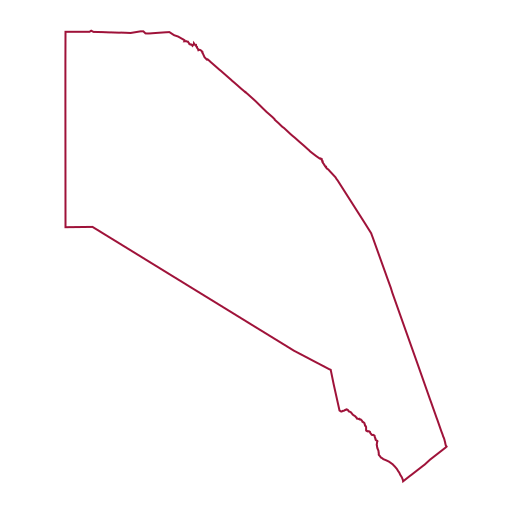 outline of North Horr, Eastern, Kenya
{"feature_id": "3690345B4448118045148", "entity_name": "North Horr", "entity_type": "district", "adm_level": 2, "iso_a3": "KEN", "parent_name": "Kenya", "parent_adm1": "Eastern", "projection": "equal_earth", "projection_center": [38.048, 3.18], "detail": "fine", "context": "isolated", "style": "outline", "palette": "rose", "viewbox_px": 512, "rotation_deg": 0, "n_neighbors": 0, "source": "geoboundaries", "source_scale": "gbopen_adm2", "svg_char_len": 5516}
<svg xmlns="http://www.w3.org/2000/svg" viewBox="0 0 512 512"><path d="M443.9,438.0L443.2,436.5L442.5,434.3L441.3,431.2L437.3,419.7L436.5,417.6L435.7,415.3L434.0,410.5L433.1,408.0L431.1,402.3L430.0,399.3L427.9,393.3L417.2,362.9L414.5,355.3L404.8,328.0L392.3,292.7L390.8,287.8L390.0,285.6L386.7,276.5L385.9,274.2L381.8,262.8L372.7,237.4L371.9,235.3L371.2,233.3L364.3,222.3L337.6,180.4L336.5,179.0L335.5,177.3L332.8,174.4L331.7,173.2L330.1,171.5L328.5,169.7L327.8,169.1L326.9,168.6L326.4,168.0L326.4,167.8L326.3,167.6L326.1,166.8L325.6,166.9L325.3,166.4L324.9,165.9L324.7,165.3L324.2,164.9L323.9,164.1L323.1,163.2L322.9,162.6L322.7,161.5L322.3,161.6L321.7,159.1L321.1,159.2L320.6,158.4L319.8,158.6L316.2,156.1L314.1,154.5L311.9,152.8L310.0,151.3L308.9,150.1L307.8,149.2L305.5,147.1L303.6,145.4L300.7,142.9L299.3,141.7L295.5,138.3L294.7,137.6L292.6,135.9L290.3,133.9L288.5,132.2L284.0,128.0L282.3,126.8L280.1,124.7L278.6,123.2L276.0,120.9L274.7,119.7L274.6,119.2L272.6,117.2L271.0,115.8L266.5,111.9L262.4,107.9L255.3,100.9L254.3,100.0L249.3,95.5L247.2,93.6L245.9,92.6L245.7,92.5L245.7,92.3L245.5,91.9L245.0,91.7L244.8,91.8L244.4,91.4L242.9,90.1L242.4,89.7L241.2,88.7L234.3,82.6L231.9,80.6L231.1,79.8L228.9,77.9L224.7,74.2L223.9,73.5L222.3,72.1L221.2,71.1L219.2,69.5L217.5,68.0L215.9,66.6L210.5,61.9L209.6,61.0L207.6,59.3L207.0,59.7L206.6,59.4L205.6,58.3L204.6,57.3L204.4,56.9L202.6,52.9L202.5,52.4L202.3,52.5L202.1,52.0L201.8,51.3L201.5,50.8L200.3,50.1L200.0,49.9L199.2,49.8L198.4,50.2L198.3,49.9L198.2,49.8L198.2,49.3L197.5,48.4L196.9,47.5L197.0,47.3L197.0,46.9L196.3,46.3L196.1,46.0L196.0,45.1L195.5,45.3L194.9,44.7L193.9,43.3L193.8,44.0L193.4,44.6L192.5,45.8L191.9,45.0L191.5,44.7L191.1,44.4L190.3,44.6L189.6,43.9L189.4,43.9L189.4,43.7L188.3,42.3L188.2,42.2L188.0,41.7L187.1,41.6L186.5,41.2L184.4,41.3L184.5,41.1L184.5,40.2L178.0,36.5L174.1,35.2L169.4,32.1L165.5,32.3L161.2,32.6L152.7,33.2L150.4,33.4L148.0,33.5L145.5,33.4L145.4,33.3L143.3,31.3L140.8,31.3L130.5,33.0L126.5,32.8L121.2,32.6L119.5,32.7L113.8,32.5L111.3,32.4L109.3,32.4L102.5,32.1L93.5,31.9L92.3,31.3L91.2,30.7L89.5,31.8L65.5,31.8L65.4,62.2L65.4,101.4L65.5,227.2L92.5,226.9L251.3,324.5L294.1,350.8L307.9,358.0L312.8,360.6L325.8,367.4L329.2,369.2L330.7,369.8L333.7,384.4L339.5,410.5L340.4,411.1L340.9,411.4L341.1,411.4L341.2,411.5L341.6,411.5L342.0,411.4L342.6,410.9L343.3,410.9L343.8,410.8L344.3,410.5L344.6,410.2L344.8,410.2L345.1,410.0L345.5,410.0L345.9,409.9L346.0,409.8L346.1,409.6L346.2,409.4L346.3,409.3L346.5,409.3L346.7,409.5L346.8,409.5L347.1,409.7L347.4,409.7L347.5,409.8L347.9,410.0L348.0,410.2L348.3,410.6L348.5,411.0L348.7,411.3L348.8,411.4L349.0,411.5L349.4,411.5L349.6,411.6L349.9,411.8L350.8,412.2L351.0,412.5L352.0,413.6L352.4,414.2L352.5,414.3L352.6,414.5L353.4,415.1L353.9,415.4L354.3,415.7L354.4,415.8L354.8,416.0L355.0,416.1L355.3,416.3L355.5,416.6L355.8,417.1L356.1,417.3L356.4,417.4L356.5,417.5L356.7,417.9L356.7,418.1L356.8,418.5L357.0,418.7L357.3,418.7L357.6,418.7L358.0,418.8L358.3,418.9L358.9,419.1L359.0,419.0L359.2,418.9L359.4,419.3L359.5,419.4L359.8,419.2L360.0,419.2L360.1,419.3L360.4,419.5L360.9,419.6L361.1,419.9L361.2,420.0L361.3,420.1L361.5,420.2L361.6,420.4L361.9,420.7L362.0,420.8L362.2,421.1L362.3,421.3L362.4,421.8L362.5,421.9L362.9,422.0L363.2,422.3L363.4,422.4L363.5,422.3L363.9,422.6L364.2,422.9L364.4,423.1L364.5,423.3L364.7,424.2L364.7,424.5L364.9,424.7L364.9,424.9L365.0,425.1L365.0,425.6L365.1,425.8L365.4,425.9L365.6,426.0L365.8,426.2L365.9,426.4L365.9,426.6L366.1,427.1L366.1,427.3L366.1,427.9L366.1,428.1L366.1,429.0L366.1,430.0L366.1,430.3L366.2,430.5L366.3,430.7L366.4,430.8L366.5,430.9L366.9,430.9L367.1,431.1L367.3,431.1L367.5,431.1L367.8,431.3L368.0,431.5L368.3,431.4L368.5,431.3L368.6,431.2L368.9,431.2L369.0,431.3L369.3,431.5L369.6,431.7L369.9,431.8L370.0,432.1L370.2,432.7L370.3,433.0L370.5,433.3L370.7,433.6L370.8,433.7L371.0,433.8L371.2,434.0L371.5,434.6L371.8,434.8L372.1,435.0L372.6,435.0L373.1,434.9L373.3,434.9L373.5,435.0L374.0,435.3L374.2,435.5L374.3,435.5L374.6,435.8L374.6,436.0L374.7,436.7L374.8,437.1L374.9,437.4L375.1,437.6L375.2,438.0L375.2,438.3L375.3,438.4L375.5,438.7L375.6,438.9L375.6,439.0L375.5,439.4L375.5,439.6L375.8,440.0L376.0,440.2L376.2,440.3L377.0,440.7L377.1,440.8L377.3,440.9L377.3,441.1L377.4,441.4L377.3,441.5L377.1,442.1L377.0,442.8L376.9,443.7L376.8,444.1L376.8,444.5L376.7,444.7L376.7,445.0L376.9,445.4L377.0,445.7L377.0,446.0L377.0,446.5L377.2,447.3L377.2,447.5L377.3,448.1L377.6,448.3L377.6,448.6L377.7,448.9L377.7,449.1L378.0,449.7L378.1,449.8L378.2,450.2L378.3,450.4L378.3,450.5L378.5,450.9L378.5,451.1L378.5,451.3L378.5,451.5L378.7,452.2L378.7,452.3L378.6,452.7L378.7,452.9L378.8,453.2L378.8,453.4L378.8,453.6L378.7,454.1L378.8,454.4L378.8,454.8L378.9,455.0L379.4,455.5L379.5,455.6L379.7,455.9L380.2,456.5L380.4,456.8L380.6,457.1L380.8,457.3L380.9,457.5L381.2,457.7L381.6,457.9L381.8,458.0L382.0,458.1L382.3,458.3L382.6,458.5L383.0,458.9L383.2,459.1L383.7,459.3L385.7,460.1L386.8,460.6L388.9,461.6L390.9,463.0L391.8,463.7L392.5,464.1L393.7,465.4L394.8,466.5L395.9,467.8L396.7,468.7L397.4,469.8L397.9,470.7L398.5,471.6L399.2,472.5L399.7,473.6L400.2,474.7L400.7,475.5L401.6,476.9L402.2,478.2L402.9,480.0L403.1,481.3L410.2,475.7L411.2,475.0L414.8,472.2L423.3,465.6L424.0,465.1L424.9,464.4L426.4,463.0L430.1,459.6L437.7,453.7L445.4,447.7L446.6,446.6L446.3,446.1L445.8,445.5L445.8,445.4L445.4,443.9L445.3,443.7L445.3,443.3L445.2,442.8L445.0,441.9L444.9,441.6L444.7,440.8L444.4,439.6L444.2,438.9L443.9,438.0Z" fill="none" stroke="#9f1239" stroke-width="2"/></svg>